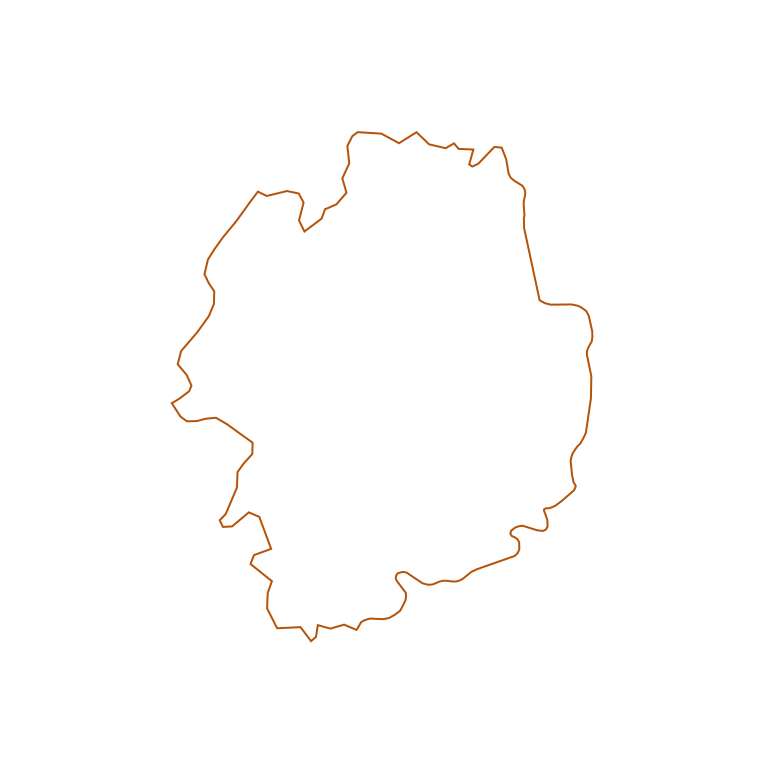 outline of Herefordshire, rotated 216°
{"feature_id": "GBR-2775", "entity_name": "Herefordshire", "entity_type": "Unitary Authority", "adm_level": 1, "iso_a3": "GBR", "parent_name": "United Kingdom", "parent_adm1": "", "projection": "albers", "projection_center": [-2.802, 52.104], "detail": "fine", "context": "isolated", "style": "outline", "palette": "amber", "viewbox_px": 768, "rotation_deg": 216, "n_neighbors": 0, "source": "natural_earth", "source_scale": "10m", "svg_char_len": 2326}
<svg xmlns="http://www.w3.org/2000/svg" viewBox="0 0 768 768"><g transform="rotate(216 384 384)"><path d="M208.0,493.7L192.1,463.4L191.0,458.4L190.2,451.5L190.9,446.8L190.7,439.3L189.5,435.1L187.9,431.6L178.2,420.7L173.1,416.1L168.9,414.2L168.2,412.0L167.8,409.8L171.4,394.1L173.8,386.3L175.6,383.1L177.4,380.6L180.2,378.3L180.8,376.9L180.4,375.8L172.0,370.1L167.9,364.9L167.5,361.4L168.9,358.7L173.8,355.8L188.6,350.8L191.3,348.2L193.5,344.9L194.9,339.9L193.8,337.2L191.1,336.1L188.4,336.8L185.2,336.9L181.7,335.5L177.3,329.7L176.5,325.6L177.2,321.7L200.0,288.7L202.9,283.3L205.7,272.9L207.2,269.7L208.9,267.3L211.2,265.3L218.8,260.9L221.1,259.0L222.9,256.8L226.7,250.6L228.4,249.0L230.7,247.3L235.9,245.4L254.9,244.7L258.4,243.0L261.6,239.0L261.6,236.1L260.2,233.6L257.6,232.1L243.7,227.9L241.1,224.9L239.3,221.0L237.8,211.4L237.7,209.8L239.6,203.7L242.4,197.6L246.3,193.4L257.6,185.9L261.2,181.0L262.5,177.7L261.6,169.1L261.2,169.0L274.8,165.9L283.6,154.6L295.8,150.0L290.4,139.5L291.8,133.1L308.6,138.2L326.9,123.6L346.6,133.7L355.2,146.5L358.8,158.6L386.2,159.9L388.6,169.2L378.4,184.3L406.8,203.2L417.9,200.7L423.2,179.5L430.3,173.7L436.8,177.2L435.6,185.8L442.1,213.8L450.7,226.6L450.8,237.1L449.4,249.9L455.8,259.3L470.1,259.2L487.3,259.2L500.1,257.9L508.0,250.9L513.7,243.9L521.5,238.0L529.4,238.0L544.4,243.7L540.9,251.9L537.4,263.6L538.8,269.5L548.9,275.3L562.5,278.7L567.5,291.5L565.5,316.0L565.6,335.9L568.6,348.7L575.8,359.2L585.1,362.6L593.8,367.3L599.6,381.3L600.4,392.9L600.5,408.1L599.2,429.1L599.3,452.5L599.1,465.5L589.4,467.2L575.9,483.1L564.9,488.0L555.7,483.5L548.9,466.4L538.0,460.6L531.7,481.1L534.4,490.7L528.1,501.3L526.8,516.7L538.6,525.9L541.8,542.1L553.6,555.1L555.3,566.0L553.3,572.3L533.3,585.0L513.4,587.6L505.7,606.8L488.4,604.4L472.7,611.0L468.8,619.8L461.8,618.1L449.5,626.2L444.2,611.8L440.4,611.8L437.2,617.6L434.1,640.3L434.0,640.5L433.5,641.0L427.7,644.4L417.2,637.6L407.0,627.6L403.2,625.5L398.7,625.0L388.5,625.7L385.0,624.3L382.4,622.2L380.9,619.8L378.5,614.4L376.9,611.8L369.5,603.0L368.1,600.1L362.2,592.4L307.3,543.2L301.1,544.0L295.6,546.3L278.9,558.7L273.0,561.3L269.1,561.9L263.1,561.8L258.4,559.5L246.4,548.9L243.1,544.6L241.0,540.6L240.2,533.9L239.5,530.9L238.2,528.5L237.3,527.2L220.8,512.1L208.2,494.1L208.0,493.7Z" fill="none" stroke="#b45309" stroke-width="2"/></g></svg>